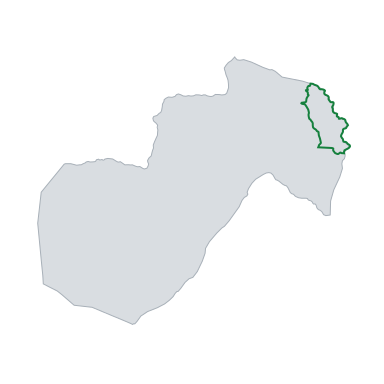 location of Itapúa within Paraguay, rotated 279°
{"feature_id": "PRY-620", "entity_name": "Itapúa", "entity_type": "Department", "adm_level": 1, "iso_a3": "PRY", "parent_name": "Paraguay", "parent_adm1": "", "projection": "orthographic", "projection_center": [-55.537, -26.832], "detail": "fine", "context": "in_parent", "style": "outline", "palette": "green", "viewbox_px": 384, "rotation_deg": 279, "n_neighbors": 0, "source": "natural_earth", "source_scale": "10m", "svg_char_len": 6201}
<svg xmlns="http://www.w3.org/2000/svg" viewBox="0 0 384 384"><g transform="rotate(279 192 192)"><path d="M200.4,73.9L201.2,76.5L201.6,78.5L202.8,79.9L203.9,81.8L205.1,82.8L205.9,84.6L205.7,86.6L206.2,89.2L206.8,91.4L207.3,92.0L208.9,92.6L209.8,94.6L209.2,95.7L209.5,96.9L210.0,98.0L209.5,99.2L209.8,100.0L210.9,100.8L212.0,103.6L212.2,108.5L211.1,111.1L210.2,113.3L210.0,114.6L210.7,116.5L209.6,118.8L208.3,121.5L208.7,123.4L209.0,125.2L209.1,127.1L209.5,128.9L209.0,130.8L208.6,132.5L208.4,134.4L209.0,136.5L208.1,138.6L207.5,140.0L207.3,141.4L208.4,143.7L210.9,144.6L212.9,144.8L214.8,143.6L216.2,143.2L218.9,144.2L221.3,146.1L224.4,146.3L227.2,146.6L229.3,147.1L232.4,146.4L235.6,147.1L239.4,148.1L242.5,149.0L245.6,148.7L247.9,148.6L250.4,147.5L252.7,147.6L254.4,145.7L255.4,144.0L256.3,142.8L258.8,141.8L260.6,142.4L262.1,145.5L264.6,147.3L265.6,148.6L267.5,149.2L271.6,149.3L274.2,149.1L277.0,150.1L278.9,150.1L280.6,151.7L282.1,153.8L282.4,157.5L283.8,160.3L285.7,161.4L286.7,163.2L286.3,165.7L285.5,168.2L285.6,170.9L286.6,173.4L286.6,175.9L287.2,178.4L288.6,180.6L289.0,184.1L288.8,186.6L289.7,188.0L290.0,190.0L289.4,191.7L289.2,194.0L289.3,196.0L290.0,197.7L292.0,199.8L292.5,203.6L292.5,206.3L293.4,209.4L295.0,210.8L297.6,211.3L300.7,211.8L304.4,211.1L307.7,210.2L309.5,209.4L313.2,207.2L316.3,205.9L318.0,205.0L319.5,204.5L322.7,205.9L325.6,207.7L327.9,210.3L332.1,213.1L331.3,213.7L329.6,215.9L329.6,218.6L330.8,222.4L329.6,230.4L326.2,242.6L324.8,249.8L325.4,251.8L324.2,255.4L319.6,263.0L319.4,268.2L318.8,283.7L317.2,294.7L314.7,302.7L312.4,307.0L310.3,307.6L308.8,308.8L307.9,310.9L306.3,312.6L303.8,314.0L302.5,315.5L302.3,317.1L300.0,318.1L295.5,318.6L292.9,319.9L292.1,322.0L290.7,323.7L288.5,325.0L287.4,327.1L287.5,330.0L286.3,332.5L283.7,334.6L281.2,334.6L279.0,332.7L276.1,331.4L272.3,330.7L269.2,331.2L266.7,332.9L264.5,335.5L262.6,339.1L260.5,339.7L258.1,337.3L255.2,336.6L251.6,337.6L248.7,337.3L246.5,335.7L243.3,335.6L238.8,336.9L229.9,335.6L216.3,331.7L204.8,330.3L190.9,332.1L189.6,327.9L190.2,325.5L192.5,323.7L193.9,321.7L194.4,319.5L195.9,317.8L198.5,316.6L199.5,315.4L199.1,314.2L199.7,313.2L201.1,312.2L201.9,310.8L202.1,308.8L202.6,307.8L203.6,307.1L203.7,305.7L203.0,301.5L203.0,298.1L203.7,295.4L204.5,293.8L205.1,293.4L205.7,292.4L205.9,290.8L206.8,289.2L211.2,286.1L212.9,284.3L213.0,282.8L213.7,280.7L216.3,276.2L217.1,274.1L217.1,273.1L218.1,272.0L221.3,269.5L223.0,267.1L223.2,264.9L222.4,262.4L220.5,259.7L214.6,252.9L210.0,249.8L204.2,247.3L200.4,246.5L198.6,247.5L196.7,246.8L194.8,244.5L191.5,242.7L184.8,240.9L169.4,233.2L163.2,229.4L161.1,227.1L155.3,222.9L145.7,217.0L138.5,214.2L133.5,214.5L125.4,213.0L114.3,209.7L107.8,206.2L105.9,202.7L101.7,199.3L95.1,196.0L91.6,193.8L91.4,192.7L89.4,191.3L85.7,189.7L81.7,186.7L77.2,182.5L72.3,175.9L67.0,166.9L61.5,160.9L55.7,158.0L52.8,156.1L52.8,155.0L51.9,154.1L52.5,152.2L54.3,145.1L56.8,134.7L59.4,124.0L62.5,111.4L62.1,102.6L61.7,93.3L66.6,85.4L70.1,79.8L73.1,74.5L76.0,65.5L78.0,59.5L86.2,57.7L100.2,54.0L107.2,52.2L121.9,48.4L137.0,44.5L152.8,43.8L168.2,43.1L180.2,50.1L189.4,55.5L199.5,61.4L200.2,62.7L201.0,67.9L200.4,73.9Z" fill="#d9dde1" stroke="#a8b0b8" stroke-width="1"/><path d="M317.6,292.1L317.6,292.3L317.7,293.0L317.7,294.6L317.2,295.8L317.1,296.0L316.7,298.4L316.5,299.0L316.3,299.5L315.3,300.6L314.3,301.3L313.8,301.9L313.5,302.6L313.6,303.1L313.7,303.6L313.8,304.3L313.8,305.1L313.7,306.0L313.4,306.8L313.0,307.4L312.6,307.5L312.4,307.4L312.1,307.1L310.6,307.1L309.8,307.3L309.3,307.8L308.9,308.5L308.5,310.2L308.3,310.8L308.0,311.4L307.5,311.9L307.0,312.2L305.4,312.3L304.7,312.5L302.6,314.6L302.4,315.3L302.8,316.7L302.7,317.5L302.2,317.9L301.5,318.0L300.2,318.0L299.7,317.8L299.1,317.5L298.4,317.2L297.6,317.2L296.1,318.1L294.5,318.3L293.9,318.5L293.3,318.8L292.8,319.4L292.4,320.1L292.2,320.9L292.1,322.5L291.8,323.1L291.0,323.2L290.1,323.1L289.5,323.2L289.1,323.7L289.0,324.5L288.8,325.1L288.2,325.4L287.4,325.6L287.4,326.2L288.1,327.6L288.3,328.1L288.3,328.5L288.3,328.8L287.9,329.6L287.9,329.8L288.0,330.1L287.9,330.6L287.6,331.4L287.1,332.1L286.4,332.4L285.6,332.6L284.7,333.3L283.6,334.7L282.4,335.6L280.4,334.5L279.6,334.3L279.2,334.1L278.9,333.7L278.4,332.4L277.9,331.7L277.3,331.4L276.5,331.4L275.8,331.6L275.6,331.6L275.0,331.6L274.3,331.5L272.1,330.6L271.3,330.5L270.5,330.4L269.7,330.9L269.1,331.4L267.9,332.7L267.2,333.0L266.3,333.3L265.5,333.7L265.3,334.5L265.5,335.5L265.4,336.3L265.0,337.0L264.4,337.7L263.7,338.6L263.3,339.8L262.7,340.6L261.7,340.9L260.7,340.5L259.7,339.7L258.9,338.7L258.3,337.8L257.0,336.1L254.8,335.8L254.0,336.1L253.8,333.5L253.9,333.3L254.0,333.1L254.1,332.9L254.2,332.7L254.1,332.2L253.9,332.0L252.8,330.9L252.6,330.7L252.4,330.4L252.3,329.8L252.4,329.0L252.8,327.5L253.1,326.9L253.4,326.6L253.7,326.4L254.0,326.1L254.8,325.2L255.1,325.0L255.4,324.9L257.0,324.7L257.3,324.1L257.3,322.8L255.9,309.7L258.4,310.2L258.6,310.3L259.6,311.1L260.1,311.4L260.6,311.6L261.1,311.5L264.9,310.0L267.6,308.5L269.6,307.9L270.6,307.7L271.1,307.5L271.3,307.2L271.6,306.1L271.8,305.8L272.1,305.5L272.6,305.1L272.9,304.6L273.3,304.1L273.5,303.3L273.7,302.9L274.4,301.8L274.9,301.4L276.5,300.9L278.8,300.5L279.3,300.2L279.8,299.9L281.3,298.2L282.0,297.7L282.5,296.7L282.8,296.3L284.7,295.5L286.1,295.1L286.7,295.0L287.3,295.0L287.8,295.1L288.2,295.1L288.9,295.0L291.1,294.1L291.7,293.8L294.4,291.6L295.8,290.3L296.0,290.0L296.2,289.7L296.3,289.4L296.3,287.6L296.3,287.4L296.4,287.1L296.4,286.9L296.4,286.7L296.5,286.4L296.7,286.2L296.8,286.3L297.3,286.4L298.4,289.9L299.1,290.6L301.5,290.5L302.2,290.5L302.4,290.6L302.7,290.6L303.6,291.0L304.6,291.3L304.9,291.5L305.4,291.9L305.7,292.0L305.9,292.0L306.0,291.9L306.3,291.5L306.4,291.3L306.6,291.1L307.7,291.0L308.1,290.9L308.3,290.8L308.5,290.7L308.8,290.5L308.9,290.3L309.4,289.4L309.6,289.1L309.8,288.8L310.0,288.7L310.3,288.6L310.5,288.8L310.5,289.0L310.3,289.7L310.3,289.9L310.4,290.1L310.7,290.3L310.9,290.4L311.2,290.4L311.4,290.3L311.6,290.2L312.0,289.8L312.3,289.7L312.5,289.6L313.0,289.6L313.6,289.7L314.1,289.9L314.7,290.3L314.9,290.4L315.0,290.5L315.1,290.8L315.1,291.2L315.1,291.4L315.2,291.7L315.4,291.9L315.7,292.0L317.6,292.1L317.6,292.1Z" fill="none" stroke="#15803d" stroke-width="2"/></g></svg>